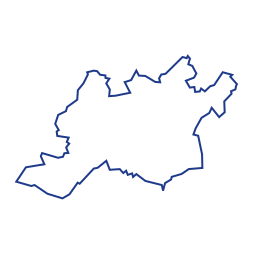 Zhelino, Želino, North Macedonia, rotated 106°
{"feature_id": "65306769B31253280068655", "entity_name": "Zhelino", "entity_type": "district", "adm_level": 2, "iso_a3": "MKD", "parent_name": "North Macedonia", "parent_adm1": "Želino", "projection": "equal_earth", "projection_center": [21.113, 41.927], "detail": "fine", "context": "isolated", "style": "outline", "palette": "blue", "viewbox_px": 256, "rotation_deg": 106, "n_neighbors": 0, "source": "geoboundaries", "source_scale": "gbopen_adm2", "svg_char_len": 1377}
<svg xmlns="http://www.w3.org/2000/svg" viewBox="0 0 256 256"><g transform="rotate(106 128 128)"><path d="M210.4,220.6L210.4,205.0L208.6,202.1L213.4,187.3L213.7,171.6L207.9,166.0L194.4,161.3L194.9,159.1L176.4,149.7L174.6,146.2L165.5,139.8L173.2,134.0L169.8,124.6L172.6,120.1L169.6,118.0L173.1,115.3L170.5,111.5L173.7,109.6L170.0,107.3L174.1,96.7L173.5,79.8L178.6,77.0L170.8,77.2L165.6,72.4L162.9,72.5L157.4,63.8L150.7,58.2L145.9,45.5L133.0,49.5L116.1,58.4L116.2,63.3L109.8,62.9L97.9,60.1L91.2,54.0L85.5,53.1L92.4,43.4L86.2,39.4L75.9,42.8L66.5,37.9L64.3,39.1L61.3,35.4L57.9,35.7L55.8,35.4L50.5,43.8L48.2,42.5L48.3,52.3L63.0,57.0L65.2,60.5L71.6,64.2L69.9,68.6L73.1,69.1L74.8,73.4L70.3,75.5L72.1,79.7L66.6,85.4L61.4,78.4L56.8,77.3L50.6,83.3L50.1,87.6L44.2,87.6L42.3,90.4L44.7,90.8L44.7,95.1L65.5,106.8L67.5,110.8L71.7,111.8L75.2,109.7L76.2,114.5L73.2,125.7L74.6,132.0L70.5,135.8L81.1,138.2L84.8,143.8L93.5,135.6L100.4,148.9L102.6,154.9L96.0,156.1L91.1,161.2L85.7,159.5L86.1,163.4L83.7,164.2L84.5,169.5L81.9,173.3L82.3,176.7L85.7,182.6L87.5,181.3L97.2,183.1L105.5,186.6L114.8,184.6L124.6,192.3L128.9,192.3L134.7,198.7L144.1,199.1L149.1,194.0L151.0,195.6L155.1,193.8L153.6,182.4L158.2,183.0L159.3,180.2L163.7,182.1L168.4,178.5L169.8,182.2L173.6,182.6L175.9,187.0L175.8,203.7L179.2,204.0L185.9,198.4L193.9,215.3L210.4,220.6Z" fill="none" stroke="#1e3a8a" stroke-width="2"/></g></svg>